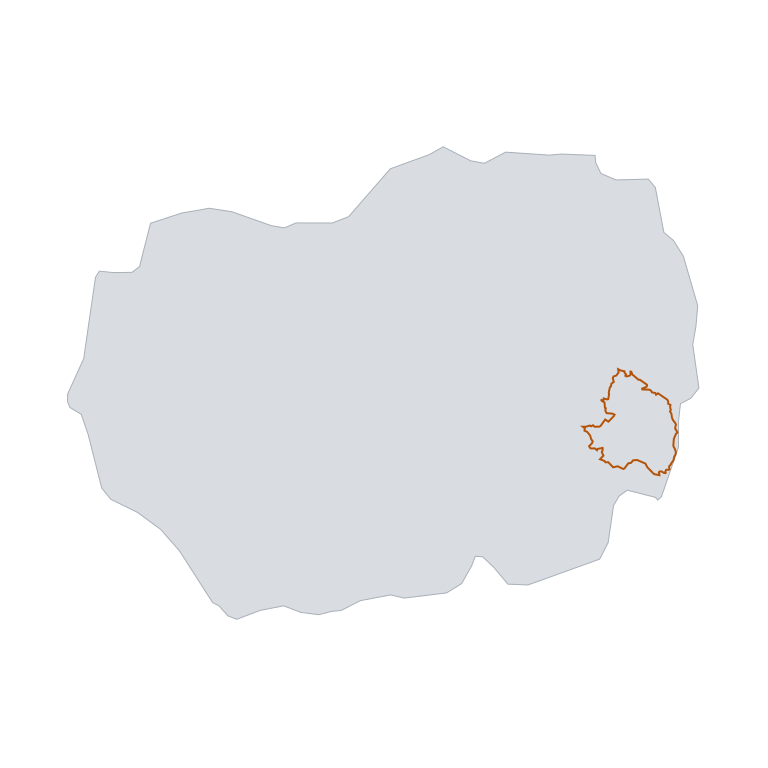 Mavrovo and Rostusha, Mavrovo and Rostusa, North Macedonia (highlighted), rotated 186°
{"feature_id": "65306769B57665907630306", "entity_name": "Mavrovo and Rostusha", "entity_type": "district", "adm_level": 2, "iso_a3": "MKD", "parent_name": "North Macedonia", "parent_adm1": "Mavrovo and Rostusa", "projection": "albers", "projection_center": [20.658, 41.644], "detail": "fine", "context": "in_parent", "style": "outline", "palette": "amber", "viewbox_px": 768, "rotation_deg": 186, "n_neighbors": 0, "source": "geoboundaries", "source_scale": "gbopen_adm2", "svg_char_len": 3300}
<svg xmlns="http://www.w3.org/2000/svg" viewBox="0 0 768 768"><g transform="rotate(186 384 384)"><path d="M341.9,173.3L355.5,174.9L384.8,166.1L403.0,154.3L412.3,152.4L424.6,147.8L442.5,148.1L460.7,152.9L483.5,145.9L505.9,134.6L515.0,137.1L525.0,146.2L531.5,148.6L570.0,196.7L591.0,216.1L615.7,230.5L643.7,240.8L653.9,251.1L672.9,302.7L681.9,322.2L693.9,327.8L696.9,333.4L697.6,340.9L685.3,377.8L682.1,459.9L678.9,466.5L664.9,466.5L646.3,468.7L639.4,475.2L633.0,519.5L603.3,532.8L576.2,540.5L553.2,539.4L512.7,529.7L499.5,528.8L488.3,535.0L452.4,538.7L436.7,546.7L400.2,598.7L362.7,617.0L350.0,626.1L321.0,615.0L307.2,614.0L287.3,627.3L243.6,628.9L231.8,631.2L198.0,633.4L196.6,626.3L190.3,616.0L174.6,611.2L142.5,615.4L134.7,607.8L121.5,564.0L111.1,557.0L99.6,542.3L80.2,494.7L79.8,473.8L81.1,455.6L70.4,412.9L77.1,402.2L87.1,395.4L87.2,378.2L84.5,352.1L96.3,300.9L99.5,297.2L102.5,299.7L131.0,303.8L138.3,297.3L143.0,287.2L144.5,249.7L151.2,232.4L219.8,199.2L239.9,197.9L255.5,213.0L267.8,222.5L275.2,222.2L277.8,212.4L285.9,193.6L299.9,182.8L341.5,173.2L341.9,173.3Z" fill="#d9dde1" stroke="#a8b0b8" stroke-width="1"/><path d="M139.4,422.1L140.2,422.1L139.8,419.1L140.7,417.9L143.4,416.9L144.8,417.4L144.3,418.9L145.9,420.3L146.2,421.8L150.3,422.2L152.7,423.2L151.9,419.9L153.9,416.7L156.5,415.5L157.1,413.7L155.7,410.1L157.9,408.1L158.1,405.3L159.0,404.3L159.6,399.1L159.1,397.3L159.4,392.4L160.5,392.0L164.0,392.6L164.1,389.8L166.7,391.3L165.4,389.8L162.8,388.8L161.8,383.4L160.9,383.1L161.1,380.6L159.6,378.3L153.9,378.4L151.5,377.6L152.3,375.8L156.9,370.0L160.3,371.8L164.3,364.8L165.4,364.1L170.0,363.5L171.9,364.8L173.5,363.6L175.0,364.2L178.8,362.6L181.8,362.3L179.7,361.0L179.7,358.5L177.0,357.7L173.6,354.3L172.3,351.0L170.4,348.7L171.0,346.7L173.5,343.6L172.5,342.1L171.4,341.5L167.6,342.0L165.3,340.4L164.9,341.7L160.0,343.3L159.6,341.4L160.3,339.0L158.3,335.7L161.3,331.8L156.7,330.5L155.6,329.3L152.7,329.6L147.4,325.1L143.0,326.6L137.2,324.5L136.0,325.2L132.8,330.6L130.1,331.4L128.3,334.1L124.4,334.9L115.7,332.2L113.4,328.7L106.0,322.6L100.6,322.1L100.9,323.3L101.4,324.9L101.3,325.2L101.0,325.6L99.3,326.1L99.1,326.1L97.2,325.3L96.3,324.8L95.3,324.8L95.1,324.8L94.7,324.8L94.6,325.5L94.8,325.7L95.0,326.2L95.0,326.6L94.9,326.9L94.5,328.0L94.0,328.3L93.4,328.4L92.5,328.3L91.5,328.7L91.2,328.9L91.1,329.0L91.2,329.6L91.7,330.6L91.8,331.4L91.7,332.3L90.9,333.1L90.4,333.8L90.2,334.4L90.2,334.6L90.1,334.8L89.7,335.8L88.9,336.9L88.0,339.0L87.9,340.5L87.8,341.7L87.3,343.2L87.1,343.4L86.7,344.3L86.7,345.0L86.6,345.3L86.7,347.2L87.2,348.2L88.2,350.3L89.6,352.2L89.9,354.1L89.9,356.3L90.0,358.3L90.0,359.5L89.5,361.7L89.1,362.8L88.4,365.0L88.0,365.5L87.9,365.7L87.2,366.2L87.2,366.7L87.4,367.0L88.0,367.8L89.0,369.2L89.3,369.3L89.7,370.1L89.8,371.5L89.6,373.0L89.4,374.2L89.9,375.1L90.6,376.0L92.1,377.5L93.4,379.2L94.3,381.3L94.8,383.6L95.1,384.5L95.6,385.3L95.9,385.6L96.1,385.8L96.5,386.4L96.7,386.9L96.4,387.4L96.1,387.9L96.1,388.2L96.2,388.7L96.4,389.2L96.8,389.8L96.9,390.6L97.0,391.0L97.0,392.5L96.9,393.1L99.3,394.1L99.6,396.5L100.6,398.0L110.6,403.4L112.3,401.8L113.3,403.4L116.7,403.7L117.7,405.3L119.5,406.1L126.5,405.6L126.8,406.4L122.8,408.5L122.2,409.6L122.5,410.8L130.0,415.0L131.3,414.8L138.0,419.4L139.4,422.1Z" fill="none" stroke="#b45309" stroke-width="2"/></g></svg>